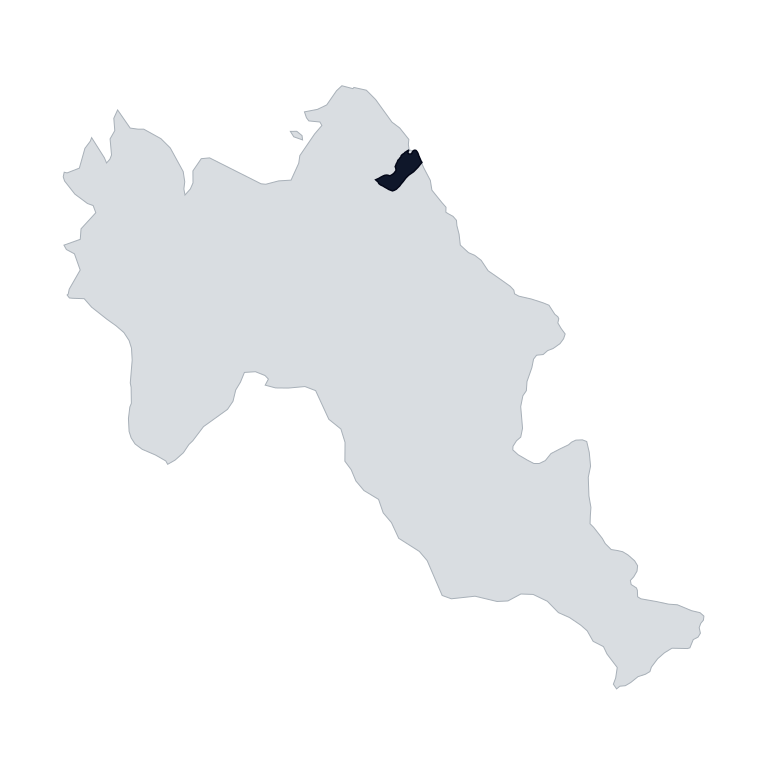 Changsong, P'yŏngan-bukto, North Korea shown in context, rotated 92°
{"feature_id": "82179303B23970649452661", "entity_name": "Changsong", "entity_type": "district", "adm_level": 2, "iso_a3": "PRK", "parent_name": "North Korea", "parent_adm1": "P'yŏngan-bukto", "projection": "equal_earth", "projection_center": [125.074, 40.388], "detail": "fine", "context": "in_parent", "style": "filled", "palette": "ink", "viewbox_px": 768, "rotation_deg": 92, "n_neighbors": 0, "source": "geoboundaries", "source_scale": "gbopen_adm2", "svg_char_len": 5445}
<svg xmlns="http://www.w3.org/2000/svg" viewBox="0 0 768 768"><g transform="rotate(92 384 384)"><path d="M471.8,597.4L468.5,599.4L462.9,610.0L457.7,623.4L452.6,630.7L446.7,634.8L440.3,637.1L427.5,638.2L415.9,637.2L412.1,635.8L396.2,636.6L391.8,637.6L368.9,636.5L357.0,637.6L349.4,640.3L341.7,645.7L335.1,653.9L329.3,662.7L317.5,678.8L309.2,686.6L309.2,698.0L309.0,701.4L306.1,703.8L305.1,702.7L300.2,701.9L280.7,691.6L264.7,697.9L260.7,706.1L256.4,708.7L250.0,692.6L239.5,692.2L222.9,678.0L215.8,680.9L214.0,686.6L205.0,699.6L192.3,710.3L188.2,711.8L183.5,711.0L184.1,708.1L178.9,696.0L158.9,691.1L151.6,686.0L148.0,684.8L167.6,671.4L172.8,669.0L168.9,665.8L164.7,664.3L148.6,666.3L140.2,661.9L127.9,663.3L119.4,659.8L137.1,646.6L137.9,638.8L137.7,633.0L146.6,615.5L155.6,605.8L178.7,592.1L188.8,590.2L196.1,590.8L202.1,589.5L195.8,584.3L189.7,581.9L177.7,582.4L165.2,574.5L164.1,566.2L188.2,513.9L188.5,509.1L184.7,496.4L183.5,484.0L166.3,476.9L158.7,476.1L136.6,462.1L127.8,455.1L124.4,457.2L123.7,468.3L120.6,470.8L114.8,473.0L111.9,460.2L107.1,451.0L92.6,441.7L87.4,436.5L89.9,425.4L88.7,424.4L91.0,411.9L100.0,402.3L122.0,385.2L127.6,377.2L138.7,367.7L143.7,368.0L148.9,367.1L150.5,363.0L151.6,359.8L156.1,356.9L166.8,351.7L178.9,344.8L188.6,342.9L200.4,332.7L205.2,328.2L210.1,328.2L211.4,326.1L214.1,320.8L217.9,317.3L223.1,316.7L231.7,314.2L242.5,312.6L249.8,304.1L252.2,297.9L257.0,291.2L267.2,283.9L274.2,273.0L282.0,261.2L285.7,257.5L289.3,256.7L291.5,252.3L293.9,239.8L297.4,227.6L299.5,221.9L308.4,215.7L310.7,212.6L312.7,211.6L316.9,212.4L322.5,208.8L327.7,204.7L332.5,206.1L337.5,209.5L342.6,216.2L344.9,221.6L349.0,226.0L349.9,232.5L353.9,235.4L362.5,236.8L376.6,241.2L385.7,241.5L390.9,244.8L401.8,246.6L423.4,244.0L432.3,245.5L436.1,249.6L441.7,252.9L445.3,253.0L450.0,247.5L454.9,238.4L458.2,231.5L458.0,226.0L454.9,220.1L447.7,214.7L442.9,206.2L438.3,197.4L435.6,194.6L433.4,190.3L432.9,183.8L434.4,179.4L445.1,176.5L458.9,174.7L470.1,176.6L488.7,175.3L500.1,172.9L508.7,173.2L516.5,173.2L519.9,169.5L530.6,160.5L535.8,157.3L541.5,151.2L542.3,144.8L543.3,139.6L546.4,134.1L552.0,127.3L556.8,124.2L562.2,124.6L568.0,127.7L571.7,130.9L575.8,130.0L579.0,124.6L581.3,123.6L587.8,123.1L589.7,119.8L591.9,104.2L594.1,91.8L594.4,83.1L599.8,68.8L601.5,60.2L604.8,56.2L608.8,56.5L612.2,59.1L616.5,60.5L622.0,59.1L626.0,61.3L628.6,66.0L637.0,69.1L637.8,71.5L638.0,87.0L642.8,94.3L649.0,100.9L657.6,106.9L662.1,108.2L664.9,112.5L667.6,119.9L673.8,127.1L677.1,132.3L677.8,137.8L680.6,140.9L676.0,144.3L669.7,142.2L659.2,141.0L646.1,151.7L638.8,155.5L633.9,166.0L623.6,172.3L618.1,179.0L610.9,190.5L606.4,201.7L595.4,213.2L589.1,227.6L589.1,239.9L596.5,252.6L597.4,263.4L592.9,285.6L596.3,309.2L593.3,318.5L559.0,334.7L550.1,342.8L537.7,363.9L522.3,371.7L512.8,380.3L499.5,385.4L491.2,400.3L481.9,408.7L470.8,413.8L462.5,420.4L443.7,420.9L430.5,425.5L421.2,437.9L393.0,452.1L389.3,462.9L391.4,479.5L391.7,492.2L389.3,502.7L383.1,499.7L379.7,503.2L376.2,512.9L377.3,523.9L387.1,527.5L395.2,532.0L406.5,534.3L414.8,539.5L432.9,562.9L447.4,573.1L451.3,576.9L459.7,582.1L467.4,590.2L471.8,597.4ZM140.1,482.8L134.8,486.4L134.5,480.0L138.6,474.6L142.9,473.9L140.1,482.8Z" fill="#d9dde1" stroke="#a8b0b8" stroke-width="1"/><path d="M161.3,353.8L161.2,353.8L161.0,354.0L160.9,354.0L160.7,354.1L160.5,354.3L160.4,354.4L160.2,354.5L159.9,354.7L159.8,354.8L159.7,354.8L159.4,355.0L159.2,355.1L158.9,355.2L158.8,355.3L158.7,355.3L158.4,355.4L158.4,355.5L158.2,355.6L157.9,355.7L157.8,355.8L157.7,355.8L157.3,355.9L157.2,356.0L156.9,356.1L156.7,356.3L156.4,356.4L156.2,356.5L155.9,356.6L155.7,356.8L155.4,356.8L155.2,356.9L155.1,357.0L154.9,357.1L154.7,357.2L154.4,357.3L154.2,357.4L154.0,357.5L153.8,357.5L153.7,357.6L153.4,357.7L153.2,357.7L153.1,357.8L152.9,357.9L152.7,357.9L152.6,358.0L152.4,358.1L152.2,358.2L152.0,358.3L151.9,358.3L151.7,358.4L151.6,358.5L151.3,358.6L151.2,358.7L151.1,358.8L150.9,358.9L150.8,359.0L150.7,359.1L150.5,359.3L150.4,359.3L150.3,359.5L150.2,359.5L149.9,359.8L149.7,359.9L149.7,360.0L149.5,360.3L149.4,360.4L149.4,360.5L149.3,360.8L149.3,361.0L149.3,361.3L149.3,361.5L149.3,361.8L149.4,362.0L149.5,362.2L149.5,362.3L149.7,362.5L149.8,362.6L149.9,362.8L150.0,362.9L150.0,363.0L150.3,363.3L150.5,363.4L150.6,363.5L150.8,363.6L151.0,363.7L151.3,363.8L151.5,363.8L151.7,364.0L151.8,364.0L152.0,364.1L152.4,364.2L152.5,364.3L152.7,364.5L152.8,364.5L152.9,364.8L153.0,364.9L153.0,365.0L153.2,365.3L153.2,365.5L153.3,365.8L153.3,366.1L153.3,366.4L153.3,366.5L153.3,366.8L153.2,367.0L153.1,367.3L153.0,367.5L152.9,367.6L152.7,367.8L152.4,367.9L152.3,368.0L152.2,368.0L151.9,368.1L151.7,368.1L151.4,368.2L151.2,368.1L150.9,368.1L150.7,368.0L150.6,367.9L150.4,367.7L150.2,367.6L149.9,367.5L149.8,367.4L149.7,367.4L149.4,367.3L149.4,367.2L149.6,367.8L150.2,368.9L151.1,369.9L151.4,370.6L152.0,371.3L152.9,372.0L153.5,373.0L154.4,374.1L155.3,374.8L156.6,375.1L157.8,376.2L159.0,376.9L159.9,377.9L162.1,378.6L163.3,379.3L165.4,380.0L166.1,380.3L166.3,380.4L168.2,379.7L170.1,379.4L171.6,380.4L173.1,381.5L174.3,382.9L175.8,385.3L175.2,387.4L175.1,388.7L175.4,390.5L176.0,391.9L177.5,394.6L178.7,396.4L180.2,399.5L181.1,398.5L182.1,397.1L183.9,396.1L185.2,394.3L186.2,391.9L187.2,390.2L188.4,387.8L189.4,386.1L190.7,382.3L190.1,380.6L188.9,378.5L187.4,377.1L185.6,375.3L183.5,373.9L181.0,371.9L177.4,369.4L174.4,366.6L170.8,361.8L166.2,357.6L162.9,355.2L161.3,353.8Z" fill="#0f172a" stroke="#020617" stroke-width="1.5"/></g></svg>